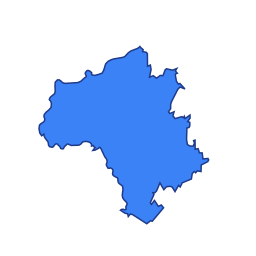 map outline of Luxembourg (Natural Earth projection), rotated 120°
{"feature_id": "BEL-3477", "entity_name": "Luxembourg", "entity_type": "Province", "adm_level": 1, "iso_a3": "BEL", "parent_name": "Belgium", "parent_adm1": "", "projection": "natural_earth1", "projection_center": [5.558, 49.963], "detail": "fine", "context": "isolated", "style": "filled", "palette": "blue", "viewbox_px": 256, "rotation_deg": 120, "n_neighbors": 0, "source": "natural_earth", "source_scale": "10m", "svg_char_len": 2954}
<svg xmlns="http://www.w3.org/2000/svg" viewBox="0 0 256 256"><g transform="rotate(120 128 128)"><path d="M83.7,179.4L80.3,178.6L77.7,177.0L75.6,175.2L69.5,167.9L67.8,166.5L62.6,165.3L59.8,164.0L54.4,159.6L51.8,158.4L51.5,158.4L52.0,157.1L52.6,154.0L54.5,153.6L53.3,150.0L53.9,148.4L64.7,142.0L62.3,140.1L65.9,137.2L73.2,134.8L70.1,132.3L70.6,128.2L66.4,126.4L65.1,123.9L59.0,124.9L57.5,124.3L55.6,118.3L52.1,115.5L54.9,115.5L55.9,112.7L57.2,113.8L58.6,113.4L63.3,109.4L64.8,106.3L63.5,105.3L65.7,98.2L66.5,103.4L69.6,104.2L83.0,103.5L86.1,102.9L90.0,100.7L93.8,101.0L94.5,99.0L90.9,96.2L95.0,95.2L96.3,91.9L91.2,87.0L91.4,85.1L89.7,85.1L91.3,83.3L85.8,80.8L88.4,79.2L92.6,79.5L92.2,77.3L95.4,75.5L97.0,75.4L98.5,77.0L108.6,71.6L112.6,68.3L112.7,65.5L111.2,62.6L107.9,62.8L106.1,64.9L105.0,63.9L112.8,59.2L110.8,57.0L113.8,53.7L112.5,51.3L117.3,47.6L114.4,43.5L115.3,42.2L117.2,42.1L123.4,46.1L129.2,43.0L130.5,46.6L132.9,47.0L132.5,48.7L133.3,49.2L135.6,49.5L140.5,47.6L148.3,53.6L153.0,53.3L152.4,55.5L159.6,55.5L157.1,60.1L157.3,62.1L159.6,65.3L163.5,66.1L159.6,72.9L168.2,71.8L170.6,72.4L171.5,74.1L172.5,72.3L181.6,71.3L182.5,69.5L177.5,68.9L180.7,62.5L178.0,60.7L179.3,57.3L196.7,60.4L196.9,62.0L201.5,63.9L200.7,81.0L201.4,83.0L204.5,83.5L202.5,85.4L203.1,87.4L203.3,87.8L203.0,93.4L201.7,92.9L200.8,91.6L200.4,89.8L199.5,89.0L197.2,90.5L194.2,90.7L193.0,92.4L192.4,94.9L191.2,97.6L189.1,99.4L183.8,101.6L181.4,103.3L180.9,104.5L180.6,107.5L180.3,108.7L179.4,109.8L177.3,111.3L176.4,112.4L176.6,114.5L176.6,116.3L176.2,117.7L175.2,118.6L172.3,119.7L171.4,120.7L171.3,123.2L172.3,124.2L172.8,125.2L171.3,127.8L170.1,128.7L168.0,129.1L167.0,129.6L165.8,130.9L165.3,131.8L165.0,132.8L164.4,133.9L159.4,141.1L158.8,142.8L160.5,143.5L163.7,145.5L165.0,147.2L161.3,146.8L161.3,147.9L161.1,148.4L160.8,148.9L160.6,149.5L161.9,150.6L160.2,151.5L159.6,153.3L159.8,155.5L160.7,157.8L162.2,159.9L163.7,160.5L165.2,160.7L167.0,161.6L168.0,162.8L171.4,168.3L171.6,169.2L171.9,171.8L171.9,172.2L172.8,172.8L174.8,173.3L175.7,173.7L176.5,173.8L177.4,173.6L178.3,173.6L179.1,174.7L179.2,175.2L179.3,176.1L178.8,176.9L178.1,177.6L177.9,178.6L177.8,179.8L177.4,180.4L177.2,181.0L177.7,182.4L178.7,183.0L181.6,183.3L182.6,184.0L183.4,186.6L182.6,188.2L181.2,189.3L180.0,190.4L178.2,194.7L177.0,196.5L175.4,197.8L177.9,198.9L176.5,201.8L173.2,204.7L169.8,206.1L168.1,205.7L164.9,204.1L163.4,203.9L161.8,204.6L160.0,206.6L158.2,207.3L155.1,206.8L152.0,205.6L148.7,204.9L145.2,206.5L143.4,208.4L143.1,209.7L142.6,210.5L140.5,210.7L139.3,210.4L134.8,208.7L132.1,209.7L128.4,212.1L124.7,213.9L121.6,213.2L120.7,211.6L120.8,209.9L121.3,208.2L121.3,206.3L120.7,204.6L113.8,194.2L112.2,193.0L111.1,192.2L106.7,190.8L105.0,190.0L104.1,189.9L103.6,190.4L103.0,191.4L102.2,192.3L101.2,192.6L98.8,192.2L98.1,191.4L97.8,189.8L98.2,187.2L99.4,186.5L100.0,185.9L99.1,183.1L96.3,180.3L93.3,177.8L90.2,177.9L83.7,179.4Z" fill="#3b82f6" stroke="#1e3a8a" stroke-width="1.5"/></g></svg>